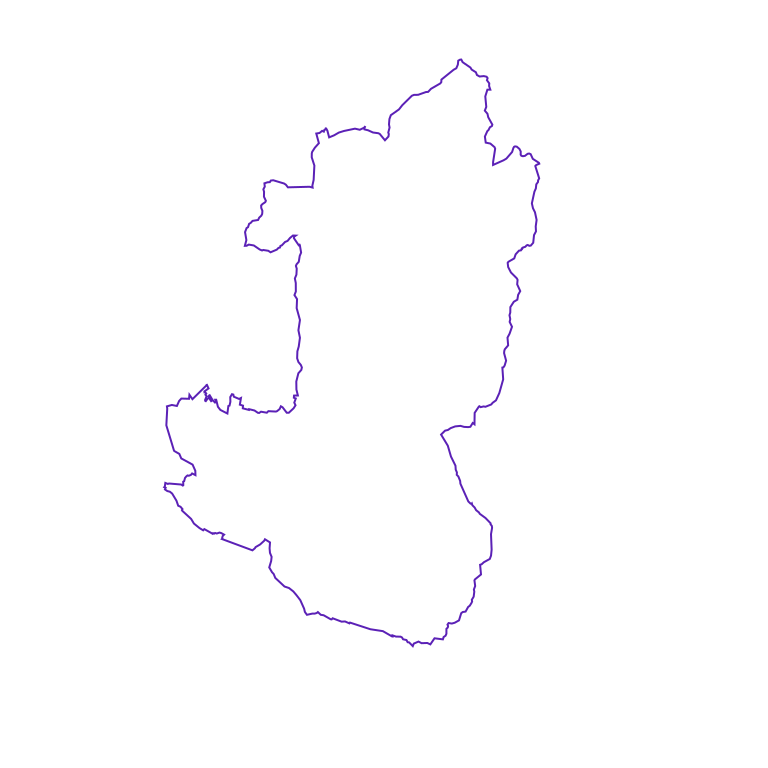 Ilovat, Mehedinti, Romania (Natural Earth projection), rotated 61°
{"feature_id": "2599482B93041864045087", "entity_name": "Ilovat", "entity_type": "district", "adm_level": 2, "iso_a3": "ROU", "parent_name": "Romania", "parent_adm1": "Mehedinti", "projection": "natural_earth1", "projection_center": [22.733, 44.823], "detail": "fine", "context": "isolated", "style": "outline", "palette": "violet", "viewbox_px": 768, "rotation_deg": 61, "n_neighbors": 0, "source": "geoboundaries", "source_scale": "gbopen_adm2", "svg_char_len": 6165}
<svg xmlns="http://www.w3.org/2000/svg" viewBox="0 0 768 768"><g transform="rotate(61 384 384)"><path d="M390.7,623.0L392.7,621.5L395.7,620.9L396.3,621.9L397.1,621.9L408.5,618.1L413.9,617.9L420.6,615.2L424.3,613.1L423.8,611.5L431.9,606.5L431.6,605.8L432.5,605.2L432.4,604.0L433.7,602.7L434.2,599.9L435.5,598.6L438.2,596.9L438.7,598.7L440.1,600.1L440.8,600.2L441.0,600.9L465.7,579.7L465.1,576.6L464.4,575.4L464.3,570.2L463.0,564.7L462.1,563.4L467.3,560.5L472.2,563.7L476.4,565.6L480.7,566.1L484.1,568.5L488.8,573.3L494.3,573.2L496.7,572.6L500.9,573.1L512.9,569.2L516.4,566.0L521.4,563.9L526.4,562.9L532.5,562.0L541.8,562.8L545.0,563.7L548.5,563.3L550.1,557.9L551.2,556.0L551.7,553.8L551.4,552.4L555.2,551.2L557.0,548.9L563.9,544.7L564.5,543.9L564.0,542.5L571.3,536.3L572.8,533.2L576.6,530.3L576.2,529.4L591.9,514.8L599.6,504.8L608.6,499.4L609.0,498.9L608.0,498.4L610.8,495.9L613.0,492.0L614.5,491.1L616.5,491.1L618.8,488.5L621.3,488.5L622.2,487.3L627.2,485.9L625.5,483.8L626.0,478.7L628.9,476.8L631.5,471.7L634.2,469.7L630.9,463.1L635.9,456.3L634.2,454.5L634.0,452.2L632.7,450.5L628.4,448.1L627.9,446.3L626.8,445.3L625.2,445.1L624.4,443.4L626.4,440.8L627.1,437.9L627.1,433.0L621.9,427.6L621.6,425.7L622.6,423.0L619.8,418.5L619.5,416.5L618.0,413.8L617.0,412.4L615.3,411.8L613.5,408.7L609.4,405.7L607.3,405.0L604.9,402.2L599.6,400.1L599.0,399.2L597.6,391.5L588.7,387.6L589.0,386.0L588.3,383.1L588.3,376.3L586.0,373.6L581.1,370.2L567.2,363.2L562.2,359.2L560.4,358.5L558.3,358.8L557.5,358.3L550.4,360.2L543.9,363.2L542.4,363.2L539.0,364.6L536.0,364.6L532.8,365.5L531.1,365.1L531.3,365.6L530.6,366.3L527.6,367.2L508.2,365.5L505.7,364.4L500.9,363.8L498.7,364.4L496.7,363.1L493.7,362.8L490.1,361.1L479.9,360.6L468.9,358.1L455.9,358.6L454.4,353.2L455.2,350.4L454.9,347.1L455.6,342.3L457.7,337.4L460.3,334.8L462.5,331.3L463.3,329.2L461.1,325.3L463.1,324.4L453.2,318.7L449.7,311.9L449.7,311.3L451.1,310.7L451.9,307.8L453.1,306.3L453.9,300.1L453.1,298.1L452.6,294.0L447.8,287.5L437.7,277.5L427.0,272.5L427.3,271.4L426.4,269.6L422.8,265.9L415.2,264.0L413.3,262.7L412.2,261.5L410.4,256.7L403.3,253.5L400.9,249.8L396.0,244.3L390.6,244.0L388.4,242.1L384.7,240.9L382.7,238.9L378.0,236.2L375.0,230.6L374.9,226.5L371.0,223.4L368.8,219.8L361.4,219.2L357.7,216.7L356.1,216.6L348.0,218.9L341.9,218.7L338.0,217.1L337.4,215.9L337.3,209.2L334.4,206.0L332.8,201.3L333.5,199.4L332.4,197.9L332.8,197.7L332.0,196.3L332.5,193.9L331.9,192.1L332.1,190.9L333.6,189.9L334.1,188.5L332.8,185.0L326.5,180.6L324.2,177.1L319.7,174.9L314.5,171.0L307.0,168.7L302.5,168.5L297.7,167.1L288.7,159.2L286.6,156.4L283.2,154.0L282.0,151.4L280.6,150.5L279.4,148.6L266.7,146.0L266.3,144.8L266.6,141.4L265.6,141.3L259.2,144.7L254.1,144.3L252.8,145.3L252.3,146.8L252.8,150.1L252.1,152.1L251.0,153.2L249.7,153.3L246.9,151.7L244.0,151.6L240.8,152.8L239.7,154.2L239.6,155.2L240.3,156.4L243.2,159.5L246.2,167.7L246.3,170.9L245.3,182.4L242.8,181.0L232.1,172.7L230.4,172.5L225.3,174.4L222.2,178.0L216.5,175.8L212.9,171.0L212.6,169.6L210.8,166.9L210.7,164.6L209.7,163.5L201.2,163.5L197.8,162.5L193.8,163.3L191.2,160.2L181.6,156.0L176.7,150.9L178.1,148.3L174.3,147.6L172.1,146.2L168.2,146.7L166.7,145.1L165.0,145.3L163.1,147.4L161.4,151.3L158.8,152.9L155.9,152.5L151.5,154.9L149.1,155.0L140.7,159.2L137.7,159.1L137.2,160.2L137.2,162.3L140.5,164.6L142.9,167.7L142.9,170.7L145.6,186.2L147.8,187.6L148.4,189.1L148.6,199.8L149.9,203.8L149.0,205.7L147.6,214.0L145.7,217.5L145.4,219.9L149.0,232.8L151.1,237.8L152.2,247.7L154.9,250.8L159.4,253.8L162.4,254.8L166.2,258.4L167.7,258.6L169.7,260.1L171.3,265.0L163.2,266.5L161.9,267.4L158.7,271.7L154.4,274.9L151.8,277.7L151.0,277.5L149.4,275.3L150.2,277.1L149.9,281.9L146.6,285.6L143.3,296.3L142.2,301.6L142.3,307.1L141.7,312.4L135.0,310.7L132.5,310.7L132.2,311.1L133.0,312.0L132.8,312.9L134.1,314.3L132.6,315.4L133.2,318.7L132.1,321.8L141.8,324.2L143.8,329.9L146.1,334.2L147.2,335.3L150.7,337.3L159.2,339.0L171.4,346.6L175.8,350.5L177.6,351.2L175.4,353.5L165.4,372.7L162.1,373.2L160.2,374.2L152.1,382.1L151.2,384.4L152.1,386.0L151.1,388.1L150.5,391.3L153.6,392.6L155.2,395.1L157.7,395.7L162.0,398.2L166.5,398.5L167.4,399.7L167.7,403.1L168.3,404.9L170.5,406.0L173.6,406.4L176.2,408.1L177.3,409.7L178.0,412.5L179.5,414.6L177.6,419.9L178.5,422.6L178.5,424.3L180.9,426.9L181.0,428.6L183.8,431.9L191.4,434.6L195.7,438.7L196.5,437.1L196.5,434.7L199.7,430.7L206.1,427.5L208.1,425.9L208.2,424.7L211.4,420.6L213.8,419.4L214.5,412.6L213.8,410.3L214.2,408.9L213.0,407.6L213.2,406.1L211.8,401.7L212.1,399.0L210.7,395.4L210.0,391.6L211.4,389.3L211.6,391.2L212.8,392.1L221.4,391.3L221.3,390.3L221.8,390.3L228.9,392.8L231.1,395.6L235.8,399.3L236.9,402.4L238.0,403.8L240.8,404.4L245.9,407.6L248.5,410.8L252.9,412.2L260.4,416.3L262.8,419.2L267.6,418.9L275.3,423.6L287.3,426.5L295.5,432.8L302.8,435.1L309.9,440.4L313.4,443.9L319.4,447.5L323.3,448.2L327.0,447.5L329.7,447.8L331.6,449.5L333.1,453.7L339.3,459.5L346.4,463.3L352.3,464.9L350.5,468.3L352.3,469.5L353.9,468.2L356.8,471.5L359.7,471.7L361.4,474.8L363.0,481.2L362.0,483.0L355.2,484.0L353.5,485.0L355.3,487.4L355.9,490.7L355.7,491.9L351.7,498.3L352.3,500.4L348.6,505.0L348.8,507.2L348.0,508.3L344.4,510.1L340.6,514.2L341.2,514.7L336.8,519.3L334.6,517.8L332.2,520.1L326.9,515.9L326.8,518.0L322.3,521.5L320.2,520.9L319.2,521.9L320.9,524.8L325.1,527.0L328.0,529.6L327.8,530.8L333.9,535.3L327.3,539.7L323.4,540.3L316.4,538.4L316.0,539.1L318.1,539.1L318.3,540.8L315.0,541.7L309.3,541.9L309.3,542.4L311.2,542.4L310.5,543.3L315.1,542.3L315.2,543.5L311.3,543.8L311.2,545.2L312.6,548.2L312.2,548.5L311.3,548.3L308.7,545.1L306.8,545.4L306.2,544.1L304.7,544.3L304.3,545.1L303.4,544.7L302.8,539.6L298.0,539.2L299.0,539.5L304.4,558.9L299.1,559.4L302.4,561.7L298.5,568.3L299.5,571.4L302.8,575.8L299.5,579.7L298.3,584.7L300.4,585.5L314.6,594.4L340.1,599.9L341.0,599.9L345.9,596.9L350.8,597.4L361.7,590.5L368.4,591.1L372.3,593.1L369.2,595.2L369.9,597.0L369.6,599.2L368.7,600.2L369.0,601.8L369.7,603.6L372.1,605.9L372.1,607.0L375.2,608.6L375.3,609.2L373.6,610.1L366.8,620.3L366.6,621.5L364.5,623.2L367.4,625.4L367.7,626.2L368.9,625.3L370.0,626.7L372.6,625.4L374.4,623.5L377.1,622.4L385.4,622.1L390.7,623.0Z" fill="none" stroke="#5b21b6" stroke-width="2"/></g></svg>